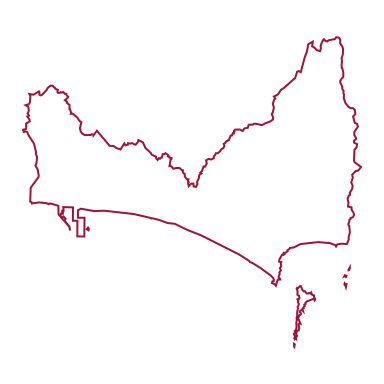 Mueang Rayong, Rayong, Thailand
{"feature_id": "78962969B69039752575534", "entity_name": "Mueang Rayong", "entity_type": "district", "adm_level": 2, "iso_a3": "THA", "parent_name": "Thailand", "parent_adm1": "Rayong", "projection": "robinson", "projection_center": [101.334, 12.691], "detail": "fine", "context": "isolated", "style": "outline", "palette": "rose", "viewbox_px": 384, "rotation_deg": 0, "n_neighbors": 0, "source": "geoboundaries", "source_scale": "gbopen_adm2", "svg_char_len": 5933}
<svg xmlns="http://www.w3.org/2000/svg" viewBox="0 0 384 384"><path d="M31.9,203.5L39.1,202.4L46.5,203.2L48.8,204.2L49.3,203.5L51.1,203.6L58.3,205.8L58.6,214.5L69.2,226.6L70.2,230.5L69.4,226.5L64.4,220.5L65.6,218.9L63.4,216.4L62.1,217.7L60.6,216.1L61.0,213.7L62.9,213.7L62.9,212.1L62.2,211.8L62.2,210.7L63.6,210.7L63.3,207.1L73.0,207.4L72.9,220.8L77.4,220.8L77.3,236.4L84.3,236.5L84.5,217.8L77.9,217.7L77.9,210.3L80.9,208.7L94.2,211.1L104.4,210.7L134.2,214.1L150.4,217.9L151.1,218.5L151.6,218.1L158.7,219.8L167.9,223.1L174.8,223.8L186.8,229.7L201.0,235.3L238.8,254.3L249.3,261.0L249.7,261.9L253.2,263.4L260.7,268.2L270.9,275.6L273.1,278.0L273.9,279.6L273.7,281.2L272.3,281.4L272.0,283.0L274.5,284.2L275.9,285.8L277.5,280.3L278.0,279.7L280.2,279.5L280.0,278.7L278.7,277.8L278.7,276.2L279.7,274.1L279.4,272.5L280.9,270.3L279.9,268.3L281.2,266.0L280.8,263.6L281.3,262.1L279.1,261.7L279.4,259.4L282.1,254.7L283.0,254.9L283.4,253.8L283.8,254.6L284.7,253.9L284.3,253.0L286.1,252.4L287.7,250.9L287.4,250.2L289.3,249.1L289.8,248.0L293.6,247.5L300.4,244.1L318.1,242.1L330.1,243.1L335.7,245.3L335.9,247.3L336.8,244.8L337.8,244.3L341.4,243.7L346.9,244.0L348.8,239.4L348.6,237.4L349.9,232.3L349.2,225.9L348.3,224.7L348.4,223.5L349.1,222.6L349.4,219.8L350.4,219.2L350.6,218.0L352.9,217.2L354.1,214.7L353.3,212.2L351.6,209.8L351.5,207.3L348.0,206.6L348.5,202.9L347.6,199.0L348.7,195.6L350.0,194.9L349.8,192.9L352.3,188.6L352.6,185.7L351.3,182.5L352.8,177.6L352.2,174.7L355.9,170.9L357.6,170.8L359.2,169.5L361.0,166.9L354.6,162.2L354.0,160.9L354.4,149.9L356.5,147.4L357.1,144.1L354.6,143.0L354.0,142.1L354.1,140.5L355.8,139.4L356.1,138.3L354.3,135.0L354.3,132.0L357.9,126.6L357.1,123.9L354.8,122.8L353.1,116.6L355.3,114.0L354.8,109.9L353.2,108.3L350.4,108.0L348.5,107.0L345.5,103.1L343.8,98.3L344.0,94.4L343.4,93.0L343.6,90.9L342.4,89.3L342.1,86.4L340.2,82.4L340.3,81.0L341.3,79.1L343.3,76.9L343.3,72.5L342.3,68.2L341.7,67.9L341.6,64.6L342.0,61.6L341.6,58.2L342.9,54.2L343.0,48.6L342.2,46.3L340.1,43.2L340.3,39.5L338.8,37.6L336.3,37.2L334.8,39.1L328.9,40.2L327.1,41.5L324.8,40.5L324.3,39.4L323.6,39.3L322.1,41.8L320.6,45.8L320.9,48.0L320.1,51.1L317.0,50.3L313.8,47.1L312.1,46.4L312.8,41.7L308.3,44.2L306.9,51.8L304.9,56.7L300.8,72.1L298.8,71.2L297.2,71.6L295.2,77.9L284.1,87.8L280.9,89.9L277.9,94.5L273.9,96.5L275.2,98.5L274.1,99.8L272.8,103.7L273.9,107.6L272.6,112.8L271.7,114.0L273.2,117.4L272.9,119.5L270.5,121.3L264.6,123.6L262.1,125.1L255.6,123.7L253.7,123.9L252.8,124.6L249.0,124.7L248.4,125.4L247.9,127.7L244.4,128.4L242.7,131.0L239.8,129.5L235.1,129.6L234.1,130.6L234.5,131.6L234.0,131.8L233.9,133.4L232.8,133.3L232.0,135.4L230.6,135.6L228.8,140.2L227.9,140.3L227.3,141.2L226.5,141.1L224.8,143.3L223.7,143.9L224.4,146.1L223.4,148.0L221.2,149.3L220.1,151.2L217.9,153.2L215.8,153.3L214.9,155.4L213.7,156.5L213.8,158.3L211.0,159.5L208.6,158.9L206.1,160.4L206.8,163.5L205.1,166.7L203.5,166.5L202.0,170.9L200.3,172.7L201.4,173.4L199.3,175.0L198.9,178.1L197.4,181.0L197.1,182.9L197.5,184.1L195.9,186.9L193.6,186.3L193.4,183.6L191.0,183.7L188.7,186.1L188.0,182.9L188.7,182.1L187.9,181.1L188.5,179.3L186.7,179.2L184.8,176.4L184.7,174.0L183.5,173.2L182.8,171.6L182.9,170.3L181.7,170.1L179.7,168.1L176.6,167.9L173.3,168.7L172.1,167.1L170.3,165.8L169.5,166.0L170.7,159.1L171.4,159.0L171.6,158.1L169.4,157.6L169.1,156.7L167.9,156.3L168.2,155.2L167.4,154.5L165.5,153.2L164.2,154.1L162.8,154.1L161.7,157.7L160.3,157.9L159.8,158.8L158.6,158.3L157.6,159.9L156.1,158.3L156.0,156.7L151.6,154.7L150.9,153.0L145.5,148.1L143.0,142.5L139.0,140.3L138.4,140.0L138.0,141.8L135.8,144.5L134.9,144.7L132.3,143.2L130.1,143.6L128.0,143.2L127.8,144.7L125.5,145.3L124.3,143.4L120.5,149.5L116.2,147.9L113.8,146.1L109.5,145.7L96.9,130.7L93.5,135.4L93.4,134.6L91.4,134.3L90.7,135.0L84.7,135.1L81.9,133.4L80.6,131.1L79.9,128.3L81.4,122.2L79.3,120.7L77.4,117.6L73.4,114.2L72.0,113.5L70.8,113.8L70.9,112.1L70.0,109.1L69.5,109.1L69.5,104.8L67.1,103.2L67.0,101.7L64.9,100.2L67.7,97.9L68.1,96.7L66.7,95.3L66.3,93.8L64.8,93.8L63.1,91.9L61.8,92.6L60.5,92.2L59.9,92.8L57.7,92.8L57.4,91.7L57.9,89.9L55.2,88.7L54.9,87.6L54.0,87.4L52.7,85.7L50.6,85.7L47.7,87.9L46.5,90.2L42.1,94.7L40.7,95.4L39.4,94.8L39.4,92.2L39.0,91.4L33.4,94.7L29.4,94.0L30.4,95.9L29.9,102.4L28.8,104.2L25.6,105.2L28.0,106.6L28.6,107.8L28.7,111.2L27.6,113.6L29.0,115.5L28.6,116.2L27.3,116.5L29.4,119.4L29.8,121.4L26.1,123.6L26.2,128.1L25.8,129.1L23.2,129.6L23.0,130.1L23.6,130.7L23.7,131.9L25.5,131.5L27.1,131.9L28.7,135.5L34.0,143.7L36.0,152.1L35.9,154.1L37.1,156.8L36.5,163.1L35.4,165.6L37.7,169.5L38.7,175.5L38.6,176.9L30.7,187.8L30.2,201.6L31.6,202.2L31.9,203.5ZM301.0,286.2L299.9,286.2L298.2,288.1L297.1,287.8L296.6,288.6L297.6,291.3L297.4,294.8L298.9,295.6L299.5,297.8L299.2,298.8L297.4,299.3L298.3,301.0L297.8,302.2L298.8,303.7L298.8,304.6L297.6,306.9L298.0,308.8L297.2,311.6L297.2,315.6L296.5,318.1L296.9,319.9L296.3,322.6L296.5,327.5L295.8,330.3L294.7,330.9L294.7,333.1L293.8,334.0L295.0,336.4L294.3,338.1L294.7,339.1L295.3,338.3L296.1,339.0L295.9,337.1L296.5,336.1L297.7,336.5L296.3,335.3L296.5,331.9L297.3,330.7L298.7,330.4L299.2,328.5L298.6,324.1L299.6,323.1L300.4,323.5L298.1,318.1L299.3,315.3L300.8,314.5L301.0,313.4L299.8,312.2L300.1,310.9L301.8,309.9L303.0,311.1L302.4,308.9L302.9,308.1L303.7,308.1L303.8,306.6L304.7,306.1L304.3,304.7L305.5,303.9L305.5,302.7L306.9,301.4L313.3,298.9L314.0,299.0L314.6,300.3L315.3,299.2L313.9,296.7L314.2,295.5L312.1,294.8L311.2,292.6L310.7,293.6L309.0,292.9L308.1,293.6L306.6,293.4L304.8,291.2L303.9,291.4L302.2,289.7L301.0,286.2ZM345.5,284.2L344.7,283.3L344.4,284.7L345.3,285.3L345.9,287.1L346.5,284.2L345.5,284.2ZM88.5,230.3L88.8,229.1L88.2,227.8L88.6,226.8L86.8,229.2L88.5,230.3ZM294.0,343.8L294.1,346.5L294.3,346.8L294.8,344.3L294.0,343.8ZM344.9,275.2L344.3,276.4L345.1,276.0L346.4,277.7L346.2,276.6L345.3,275.8L345.8,275.5L344.9,275.2ZM349.1,270.1L349.9,268.1L349.9,267.4L348.5,269.8L348.6,270.3L349.1,270.1Z" fill="none" stroke="#9f1239" stroke-width="2"/></svg>